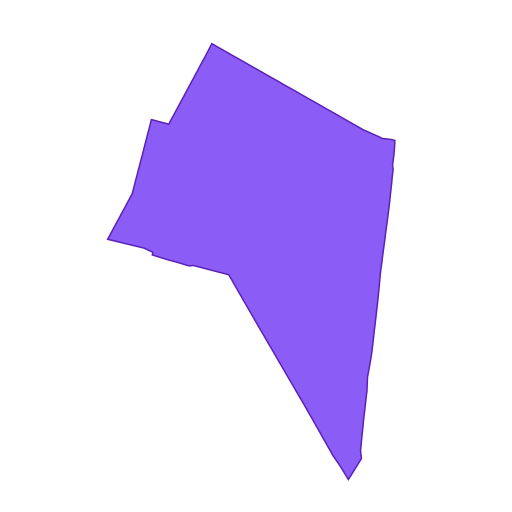 the district of Texcalyacac, México, Mexico, rotated 13°
{"feature_id": "50627088B38447053181428", "entity_name": "Texcalyacac", "entity_type": "district", "adm_level": 2, "iso_a3": "MEX", "parent_name": "Mexico", "parent_adm1": "México", "projection": "orthographic", "projection_center": [-99.508, 19.124], "detail": "fine", "context": "isolated", "style": "filled", "palette": "violet", "viewbox_px": 512, "rotation_deg": 13, "n_neighbors": 0, "source": "geoboundaries", "source_scale": "gbopen_adm2", "svg_char_len": 3727}
<svg xmlns="http://www.w3.org/2000/svg" viewBox="0 0 512 512"><g transform="rotate(13 256 256)"><path d="M166.2,59.3L165.2,59.0L164.1,63.4L163.5,65.6L163.1,67.2L162.1,71.1L161.7,72.6L160.4,77.4L160.3,77.7L159.4,80.9L158.9,82.7L157.6,87.5L157.6,87.8L156.3,92.2L155.5,95.5L155.3,96.2L154.2,100.0L154.0,100.7L152.5,106.4L152.0,108.1L151.8,108.7L151.2,111.1L150.2,114.8L149.9,115.9L148.9,119.6L147.8,123.6L147.7,123.8L147.0,126.6L146.9,126.7L146.0,130.2L145.6,131.5L144.6,135.4L143.4,139.6L143.1,140.6L142.1,144.3L141.6,146.3L141.4,147.1L140.6,147.1L140.0,147.1L139.3,147.1L138.6,147.1L138.3,147.1L137.6,147.0L137.2,147.0L136.5,147.0L135.9,147.0L135.3,147.0L134.7,147.0L134.2,146.9L133.8,146.9L133.4,146.9L133.0,146.9L132.2,146.9L131.4,146.9L131.0,146.9L130.6,146.9L129.7,146.8L123.4,146.6L123.2,156.1L123.0,160.9L122.8,169.5L122.6,177.8L122.5,183.0L122.3,188.1L122.2,193.2L122.0,198.3L121.9,204.1L121.7,209.9L121.6,215.7L121.4,221.5L121.4,222.3L121.4,222.8L121.4,223.2L120.3,227.1L118.9,232.2L117.8,236.4L116.4,241.3L115.1,245.9L114.3,249.2L113.2,252.9L112.5,255.6L110.9,261.3L109.3,267.2L107.7,273.1L108.1,273.1L117.2,273.2L126.3,273.3L135.8,273.4L145.0,273.5L154.7,275.6L154.7,278.3L157.6,278.5L159.1,278.6L159.7,278.7L160.8,278.8L162.5,278.9L163.2,279.0L165.1,279.1L165.9,279.1L168.0,279.3L170.2,279.4L172.3,279.6L172.5,279.6L173.7,279.6L174.5,279.6L175.6,279.7L176.1,279.7L177.0,279.7L178.4,279.8L179.6,279.8L184.2,280.1L187.9,280.4L193.2,280.7L196.7,279.4L197.8,279.3L199.4,279.4L202.1,279.5L204.1,279.5L209.0,279.7L217.1,279.9L222.6,280.1L228.1,280.2L233.7,280.4L237.1,284.0L240.4,287.7L243.8,291.3L247.2,295.0L250.6,298.6L254.0,302.3L257.4,305.9L260.8,309.6L264.2,313.2L267.6,316.9L271.0,320.5L274.4,324.2L277.8,327.8L281.3,331.5L284.7,335.2L288.2,338.9L291.7,342.6L295.2,346.3L298.6,350.0L302.1,353.7L305.6,357.4L309.1,361.1L312.5,364.8L316.0,368.5L319.5,372.2L323.0,375.9L326.4,379.6L329.9,383.3L333.4,387.0L336.9,390.7L340.3,394.4L343.9,398.3L347.5,402.1L351.0,406.0L354.6,409.9L358.2,413.8L361.7,417.7L365.3,421.6L368.9,425.5L372.5,429.4L376.0,433.3L381.0,437.8L385.9,442.4L391.1,447.7L396.3,453.0L398.3,447.2L400.3,441.4L402.3,435.5L404.3,429.7L401.6,421.9L400.9,416.1L400.1,410.4L399.4,404.7L398.7,398.9L397.9,393.2L397.3,388.1L396.8,383.0L396.2,377.9L395.6,372.8L395.0,367.7L394.5,362.7L393.2,355.8L391.9,348.9L391.7,343.7L391.4,338.4L391.2,333.2L390.8,327.7L390.4,322.3L389.8,317.0L389.2,311.7L388.1,302.7L387.6,297.4L387.0,292.2L386.4,286.9L385.8,281.7L385.2,276.4L384.6,271.2L383.9,265.8L383.2,260.4L382.5,255.0L381.7,249.5L381.0,244.1L380.5,238.7L380.0,233.2L379.4,227.8L378.9,222.4L378.4,216.9L377.9,211.5L377.3,206.1L377.0,202.8L376.5,197.5L376.1,193.5L376.1,193.2L376.0,192.3L375.9,191.7L375.9,191.2L375.8,190.7L375.8,190.2L375.8,189.7L375.4,186.3L375.3,185.1L375.2,184.0L375.1,183.1L375.1,182.8L375.0,182.1L375.0,181.7L374.9,181.1L374.8,180.2L374.8,179.7L374.5,177.4L374.3,175.7L374.2,174.5L373.5,168.7L373.0,164.6L372.2,158.1L371.9,155.4L371.6,152.9L371.3,151.1L371.1,149.3L370.3,142.3L370.1,140.5L369.6,139.3L368.5,136.3L368.5,135.5L368.3,133.9L368.2,132.4L367.9,129.5L367.8,127.9L367.7,126.6L367.5,125.5L367.1,122.7L366.0,115.6L365.2,112.1L363.7,112.1L360.8,112.1L357.5,112.5L357.1,112.5L352.9,113.1L351.9,112.9L349.2,112.2L348.2,112.0L342.9,111.0L337.6,109.9L332.2,108.9L327.3,107.4L322.3,105.9L317.4,104.5L312.4,103.0L307.5,101.5L302.5,100.0L297.6,98.5L292.6,97.1L287.7,95.6L282.7,94.1L277.8,92.6L272.8,91.2L267.9,89.7L262.9,88.2L258.0,86.7L253.0,85.2L248.1,83.8L243.1,82.3L238.2,80.8L233.2,79.3L228.3,77.9L223.3,76.4L218.4,74.9L213.4,73.4L208.2,71.9L203.0,70.3L197.8,68.8L192.6,67.2L187.7,65.8L182.9,64.3L178.0,62.9L171.7,61.0L166.2,59.3Z" fill="#8b5cf6" stroke="#5b21b6" stroke-width="1.5"/></g></svg>